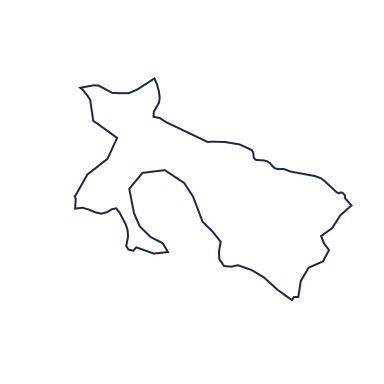 Cahul, Mercator projection, rotated 119°
{"feature_id": "MDA-1624", "entity_name": "Cahul", "entity_type": "District", "adm_level": 1, "iso_a3": "MDA", "parent_name": "Moldova", "parent_adm1": "", "projection": "mercator", "projection_center": [28.292, 45.784], "detail": "fine", "context": "isolated", "style": "outline", "palette": "slate", "viewbox_px": 384, "rotation_deg": 119, "n_neighbors": 0, "source": "natural_earth", "source_scale": "10m", "svg_char_len": 1473}
<svg xmlns="http://www.w3.org/2000/svg" viewBox="0 0 384 384"><g transform="rotate(119 192 192)"><path d="M125.6,48.5L126.4,46.0L140.6,51.0L155.7,51.9L167.9,57.7L172.9,51.7L176.4,44.0L189.2,43.8L201.7,53.3L217.2,53.7L232.3,48.1L234.4,51.9L238.1,52.3L236.1,69.7L231.8,87.7L231.4,102.5L233.8,116.4L238.3,121.5L241.2,128.0L237.5,135.5L231.4,139.4L221.6,142.8L216.6,154.9L212.9,168.3L195.5,188.9L187.9,203.2L186.1,226.4L199.3,244.6L219.6,248.4L238.5,232.6L247.4,221.0L251.5,206.2L251.0,192.8L256.2,183.9L264.4,195.6L267.4,213.9L271.6,214.7L271.8,214.8L273.1,219.8L271.1,223.4L261.8,226.4L256.3,230.1L252.7,234.0L245.3,245.1L243.0,250.4L245.9,253.7L250.9,256.6L255.0,260.9L256.8,267.3L257.4,273.7L258.8,280.0L263.2,286.2L254.7,290.2L252.9,292.0L252.6,292.5L252.4,292.4L251.8,292.2L227.6,292.0L203.9,282.0L181.0,283.7L178.1,308.0L177.7,312.8L160.7,325.8L157.9,331.3L155.6,337.0L155.0,340.2L146.5,329.9L144.2,325.2L144.0,309.8L143.6,308.7L142.8,307.8L141.6,304.9L136.2,295.2L128.8,289.5L110.9,279.9L115.0,274.7L120.2,269.6L125.5,265.8L129.8,264.2L140.3,264.3L144.9,262.1L142.9,256.1L143.5,248.7L140.7,202.7L138.0,198.4L132.3,187.4L127.3,173.4L126.4,160.1L127.9,157.6L132.1,154.5L133.0,152.2L132.4,150.5L129.6,144.6L128.7,141.2L129.1,137.6L130.4,134.1L131.1,130.6L129.8,126.9L127.8,123.7L127.0,121.0L126.4,115.8L118.6,92.7L117.5,86.1L118.1,81.6L122.1,65.3L122.0,62.9L120.0,61.5L119.9,59.0L120.8,56.7L123.3,55.0L125.6,48.5Z" fill="none" stroke="#1e293b" stroke-width="2"/></g></svg>